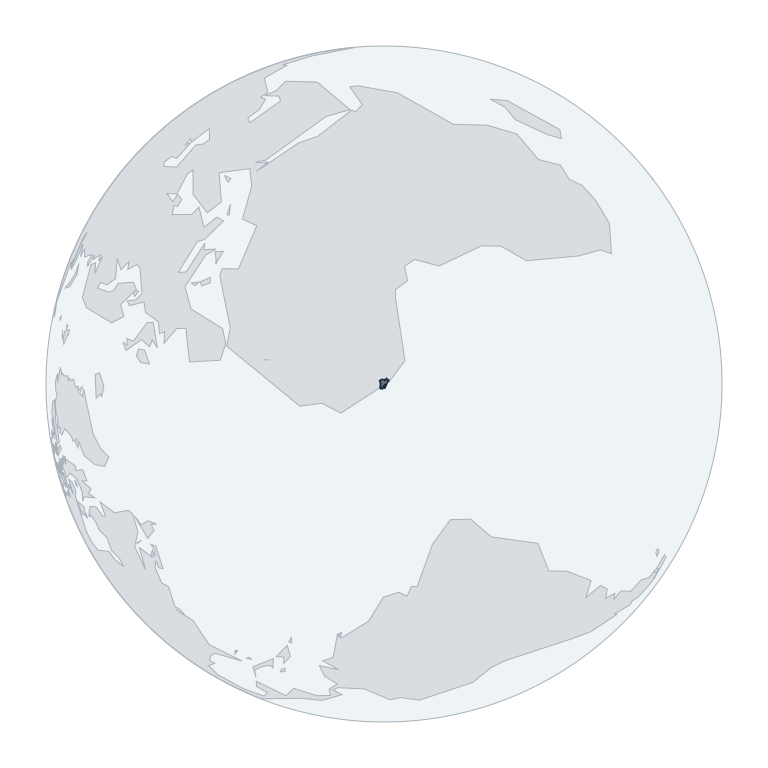 the Earth from above Southern, rotated 273°
{"feature_id": "SLE-760", "entity_name": "Southern", "entity_type": "Province", "adm_level": 1, "iso_a3": "SLE", "parent_name": "Sierra Leone", "parent_adm1": "", "projection": "orthographic", "projection_center": [-12.13, 7.714], "detail": "medium", "context": "on_globe", "style": "filled", "palette": "slate", "viewbox_px": 768, "rotation_deg": 273, "n_neighbors": 0, "source": "natural_earth", "source_scale": "10m", "svg_char_len": 10083}
<svg xmlns="http://www.w3.org/2000/svg" viewBox="0 0 768 768"><g transform="rotate(273 384 384)"><circle cx="384" cy="384" r="338" fill="#eef3f6" stroke="#a8b0b8"/><path d="M277.1,63.4L254.9,72.8L261.7,70.4L255.5,74.5L261.0,73.6L254.3,76.9L264.4,73.5L269.5,70.7L275.6,68.5L279.3,68.0L271.4,71.8L268.4,72.6L268.1,73.5L262.5,75.8L267.4,74.4L257.4,79.8L272.6,74.0L269.2,78.0L261.1,81.8L255.0,81.9L221.2,94.4L211.2,100.2L203.1,107.1L202.4,118.0L194.1,124.9L188.0,133.7L195.7,129.1L203.2,120.8L215.9,115.5L223.6,107.0L229.9,104.0L240.6,96.0L246.3,97.1L246.2,102.8L237.6,109.8L237.3,112.9L251.4,106.7L241.2,121.6L244.6,135.3L241.1,139.8L223.6,146.0L208.5,143.6L185.9,155.8L207.9,148.2L199.0,161.3L200.6,164.1L205.4,164.1L211.7,159.6L210.2,164.7L187.8,173.0L188.8,168.4L195.9,165.5L188.7,165.0L173.6,172.5L170.2,179.6L150.9,186.7L148.2,192.2L142.5,197.4L148.0,187.9L137.7,205.7L114.5,223.1L100.0,256.6L106.2,229.3L103.5,225.2L98.8,224.3L96.2,229.6L93.6,223.7L85.0,233.3L72.5,259.3L66.1,280.6L69.8,283.6L75.2,272.7L80.5,272.0L67.6,302.3L75.3,309.8L69.2,333.5L70.2,346.9L76.3,345.2L81.9,352.9L89.1,340.0L99.3,334.3L96.3,353.9L104.4,337.1L108.4,347.6L130.6,350.5L128.1,354.7L146.3,381.0L171.1,394.5L176.8,409.7L173.3,418.2L183.0,421.8L183.3,427.7L226.3,440.8L252.0,457.4L253.6,477.6L236.9,499.2L232.9,546.0L205.9,558.4L206.6,576.6L198.6,601.1L181.3,596.8L194.1,610.9L190.9,617.6L181.7,616.6L187.0,625.5L180.6,624.6L189.7,631.4L189.8,641.2L201.9,651.2L204.6,658.9L212.8,664.6L210.0,663.9L209.8,665.3L213.3,668.2L200.0,661.5L184.3,648.8L180.3,643.2L176.4,641.4L166.6,626.2L166.2,628.7L147.4,603.5L138.7,583.1L114.2,519.8L106.6,506.0L90.5,488.0L70.1,435.9L71.8,416.8L69.0,406.6L78.4,380.6L78.4,353.8L75.8,349.2L71.5,358.2L64.8,338.9L65.8,318.1L63.2,277.9L65.7,270.5L75.2,246.8L86.4,223.9L99.3,201.9L113.9,180.9L130.0,161.1L147.5,142.6L166.4,125.4L186.6,109.8L207.8,95.6L230.1,83.2L253.2,72.4L277.1,63.4ZM94.8,267.9L104.0,287.9L94.5,287.9L97.1,285.2L95.7,277.5L91.6,269.7L84.4,271.5L94.8,267.9ZM108.6,250.9L106.6,249.0L109.2,249.5L108.6,250.9ZM236.7,96.2L238.6,96.1L235.6,97.6L236.7,96.2ZM239.6,93.0L234.8,94.8L235.5,93.6L238.4,92.5L239.6,93.0ZM245.3,91.3L237.3,91.4L238.5,89.4L250.7,83.9L245.3,91.3ZM269.5,70.1L264.3,73.0L265.2,71.2L269.5,70.1ZM268.6,69.6L262.7,69.1L272.3,65.3L272.3,65.9L281.9,62.1L289.5,60.3L285.9,62.0L278.2,64.7L287.0,62.1L268.6,69.6ZM278.1,67.5L276.1,67.4L284.2,64.0L289.8,63.5L285.4,64.7L278.1,67.5ZM280.8,62.3L287.8,60.1L295.8,57.9L299.7,56.9L290.5,60.0L280.8,62.3ZM285.4,65.3L292.4,63.5L292.0,64.9L280.7,67.4L285.4,65.3ZM284.0,63.4L288.1,61.9L287.7,62.5L284.0,63.4ZM294.2,69.9L291.6,69.2L295.6,67.2L294.2,69.9ZM295.1,62.8L295.2,62.4L296.5,61.7L300.9,61.0L295.1,62.8ZM296.8,58.5L298.7,58.4L301.0,57.1L307.1,56.0L299.9,58.5L305.6,56.9L307.5,56.6L299.4,59.1L296.8,58.5ZM309.2,58.5L302.2,62.2L306.2,63.5L302.7,65.1L296.9,62.8L309.2,58.5ZM304.2,58.5L306.5,58.8L301.0,60.3L296.0,61.2L304.2,58.5ZM313.9,54.5L306.3,55.6L308.2,55.1L313.9,54.5ZM311.5,58.4L313.1,57.6L312.4,58.3L311.5,58.4ZM314.4,55.2L311.4,55.5L313.6,54.9L314.4,55.2ZM318.9,56.0L316.6,57.0L313.1,57.4L318.9,56.0ZM317.7,55.3L321.4,54.5L313.3,57.0L316.0,55.5L317.7,55.3ZM316.9,54.6L317.2,54.3L317.8,54.6L316.9,54.6ZM333.4,54.2L324.0,57.3L316.3,58.0L326.5,54.8L333.4,54.2ZM225.7,674.7L202.9,663.5L214.1,668.9L213.0,665.3L228.2,673.1L225.7,674.7ZM226.3,665.7L230.3,664.2L233.8,666.0L231.9,667.5L226.3,665.7ZM717.0,326.7L718.7,337.9L707.9,295.0L697.4,265.9L697.1,270.1L683.1,248.4L669.2,252.9L664.0,245.9L662.1,250.7L651.7,245.3L642.6,234.1L637.8,236.3L661.2,265.9L666.1,263.9L665.6,250.0L671.6,261.3L681.2,269.9L682.0,301.5L656.1,335.7L648.3,312.4L601.2,253.9L599.7,246.8L599.3,246.0L598.4,244.7L599.5,256.5L589.6,245.4L620.4,286.2L627.9,305.0L655.8,337.3L654.5,341.5L661.9,347.8L679.1,334.2L680.4,342.3L675.5,382.1L647.0,439.5L647.8,473.6L640.6,503.6L616.2,526.5L611.7,548.8L598.1,558.4L592.9,571.2L578.2,585.9L556.2,600.7L526.0,604.3L529.3,593.1L522.2,572.4L514.5,519.8L527.7,493.8L527.2,474.4L504.7,432.9L510.0,408.1L502.7,398.4L488.3,402.1L479.2,390.7L469.9,391.1L408.4,403.7L386.5,389.0L352.7,342.5L361.5,322.9L357.5,301.1L413.6,224.9L431.8,227.6L483.1,214.4L490.6,216.3L491.3,232.6L535.3,248.7L541.4,234.1L574.5,241.5L592.1,238.8L586.4,208.3L557.4,212.0L545.7,198.6L563.5,183.4L587.8,182.1L584.0,177.0L563.0,167.2L562.8,157.3L555.1,163.4L562.5,168.0L557.8,172.4L550.8,168.6L551.0,164.9L542.0,163.6L543.3,183.1L551.0,189.9L531.0,196.0L541.9,208.4L538.5,215.3L518.9,197.1L516.4,190.0L484.7,172.8L485.5,180.6L515.5,197.8L508.7,197.0L510.0,209.4L503.6,199.3L470.6,180.1L448.8,187.3L431.0,219.8L416.2,223.9L399.2,219.3L395.8,188.6L429.3,183.3L428.5,174.0L413.3,162.2L424.7,162.1L422.6,157.2L434.5,155.3L442.8,142.3L453.5,140.0L448.8,125.9L453.7,123.2L455.1,132.0L461.8,137.6L487.6,134.1L490.2,130.7L485.0,122.2L492.8,123.0L484.4,115.3L495.3,111.0L475.1,110.4L468.5,102.2L470.6,95.4L464.8,93.0L461.3,104.3L463.2,109.1L470.6,113.2L472.5,128.4L465.4,131.8L449.7,116.9L437.8,120.7L430.8,108.8L444.6,83.1L454.5,78.2L487.7,85.1L490.1,89.8L479.3,89.3L496.6,96.5L491.7,92.6L498.1,93.8L493.4,87.6L497.7,88.2L485.8,81.7L490.6,81.8L498.1,85.9L495.2,78.4L503.0,78.1L500.2,76.2L495.1,74.3L508.4,76.1L505.8,74.7L500.4,73.5L491.8,70.2L481.6,65.5L486.8,66.4L491.1,68.1L508.0,73.9L518.8,79.4L519.9,79.4L511.7,74.9L491.1,67.7L483.6,64.8L493.1,67.5L489.1,66.2L486.9,65.1L489.6,65.1L479.0,62.1L448.4,52.5L450.1,52.6L473.3,58.1L496.2,65.2L518.4,74.0L540.0,84.3L560.8,96.1L580.8,109.3L599.7,123.9L617.6,139.8L634.3,156.9L649.7,175.2L663.8,194.5L676.5,214.8L687.7,235.9L697.5,257.8L705.6,280.3L712.1,303.3L717.0,326.7ZM401.8,262.1L402.1,268.6L401.8,262.1ZM619.0,197.0L630.0,196.2L615.7,179.3L618.7,178.0L612.7,173.2L614.6,178.2L598.5,165.2L599.9,159.6L593.7,152.7L589.7,152.8L589.8,165.6L612.8,183.6L614.3,191.2L619.0,197.0ZM131.4,350.4L133.7,354.6L129.8,354.1L131.4,350.4ZM91.0,295.4L94.0,296.6L94.8,300.0L92.1,300.4L91.0,295.4ZM121.6,302.3L126.1,304.9L120.5,305.5L121.6,302.3ZM106.0,290.6L117.9,301.0L107.1,304.8L99.9,298.6L106.2,298.2L106.0,290.6ZM102.7,261.3L104.0,263.2L102.1,266.5L102.7,261.3ZM110.4,251.3L109.5,251.4L109.8,248.4L110.4,251.3ZM200.3,160.8L202.0,160.3L205.9,161.5L202.1,163.2L200.3,160.8ZM235.2,155.6L232.0,164.0L231.7,158.7L225.7,162.1L217.5,156.2L239.0,141.8L230.7,149.0L235.2,155.6ZM212.6,145.6L215.3,150.1L211.5,145.8L212.6,145.6ZM399.4,135.1L406.1,137.3L405.5,143.1L391.8,148.8L392.5,140.2L399.4,135.1ZM415.7,139.5L403.9,124.6L411.9,121.4L409.4,125.5L415.9,124.9L413.6,131.5L432.8,144.2L433.6,150.3L408.0,155.8L415.9,150.2L408.9,147.9L415.7,139.5ZM359.5,101.3L354.5,97.3L378.4,95.1L380.3,99.3L366.9,104.4L356.6,102.7L359.5,101.3ZM268.4,82.6L265.0,83.0L267.1,81.7L271.9,80.3L268.4,82.6ZM292.7,69.7L285.8,80.3L281.5,81.0L282.7,87.6L271.8,92.4L271.4,87.7L263.9,97.0L259.1,94.7L255.3,101.1L255.6,90.2L251.0,89.4L260.3,88.3L270.4,83.7L273.4,81.5L278.6,75.1L273.8,72.1L283.1,68.0L291.0,65.9L293.5,66.0L286.7,68.4L295.0,66.8L287.1,70.5L292.7,69.7ZM377.5,57.5L368.5,58.0L383.9,59.9L376.1,61.7L378.3,61.8L375.3,64.3L375.6,67.9L371.0,68.6L373.1,69.7L371.1,71.8L372.5,73.8L364.8,76.0L365.7,78.9L361.5,78.4L365.3,82.8L359.0,80.6L355.9,83.8L363.6,84.2L318.8,96.1L304.9,104.4L296.6,113.0L287.0,109.4L288.5,99.5L296.6,88.4L311.4,81.6L304.4,81.8L309.4,78.8L312.9,79.9L310.5,76.5L315.6,74.5L322.7,67.6L316.2,65.0L318.7,62.9L323.8,63.0L322.7,60.9L334.0,59.8L336.0,58.5L349.1,56.6L357.7,58.2L359.4,56.7L369.4,55.8L377.5,57.5ZM337.2,53.7L349.3,54.1L350.9,55.7L327.4,58.5L324.0,59.9L308.9,62.8L306.9,60.7L311.4,60.0L315.2,58.9L314.3,59.9L318.0,58.2L324.3,57.4L328.8,56.0L331.5,56.4L337.2,53.7ZM495.1,209.7L500.1,209.8L507.2,208.3L508.1,216.6L495.1,209.7ZM472.5,196.7L476.5,195.2L481.3,205.1L476.0,205.4L472.5,196.7ZM474.6,186.4L476.4,194.3L472.3,190.2L474.6,186.4ZM458.4,130.6L462.1,129.0L464.1,130.9L463.9,134.2L458.4,130.6ZM421.7,67.0L416.2,66.1L416.4,65.4L407.3,62.1L412.4,61.0L419.9,62.6L421.7,67.0ZM583.8,214.0L581.1,220.3L577.4,218.0L579.1,216.2L583.8,214.0ZM544.6,218.4L555.5,221.1L544.8,220.7L544.6,218.4ZM425.7,65.3L421.4,63.9L426.6,64.3L425.7,65.3ZM415.7,60.2L421.1,60.2L412.0,60.5L415.7,60.2ZM602.1,642.1L604.6,639.9L604.4,640.1L602.1,642.1ZM673.5,492.1L647.3,546.3L638.4,548.3L641.7,533.6L654.8,501.5L666.7,490.4L674.0,475.1L673.5,492.1ZM463.3,60.6L470.2,65.7L478.6,70.1L488.6,73.1L477.4,71.7L464.5,64.8L463.3,60.6ZM449.8,53.1L441.0,51.5L442.7,51.5L444.9,51.9L449.8,53.1ZM446.0,52.6L439.2,52.1L432.9,50.9L439.5,51.4L446.0,52.6ZM432.9,56.8L434.6,58.2L430.3,57.7L432.9,56.8Z" fill="#d9dde1" stroke="#a8b0b8" stroke-width="1"/><path d="M389.8,386.2L389.3,386.7L388.8,386.9L388.4,387.4L388.5,387.7L388.3,387.8L388.3,388.1L388.1,388.3L388.1,388.6L387.8,388.7L387.2,388.3L387.3,388.3L387.0,388.3L386.9,388.2L386.5,387.8L385.7,387.3L382.9,386.3L381.8,385.9L382.0,385.8L382.6,385.9L382.3,385.7L382.2,385.6L381.9,385.6L382.0,385.3L382.3,385.1L383.0,385.1L383.4,384.9L383.7,384.8L383.7,384.7L383.4,384.6L383.2,384.7L383.0,384.8L382.4,385.0L382.2,384.9L382.0,384.7L381.9,384.6L381.9,384.4L381.7,384.4L381.7,384.5L381.6,384.4L381.9,383.8L382.0,383.9L382.0,383.7L381.7,383.9L381.2,384.2L380.6,384.0L380.2,383.7L380.3,383.4L379.9,383.5L379.6,383.3L379.5,383.1L379.4,383.0L379.2,382.8L379.6,382.7L380.0,382.8L379.6,382.5L379.4,382.1L379.6,381.7L379.2,381.3L379.0,381.2L379.0,380.9L379.4,380.8L380.0,380.1L380.3,380.2L380.4,380.3L380.6,380.2L381.0,380.2L381.1,380.3L381.4,380.4L381.5,380.6L382.0,380.6L382.1,380.8L382.3,380.5L382.7,380.3L383.0,380.3L383.3,380.3L383.5,380.3L384.2,380.6L384.4,380.8L384.5,380.9L384.6,380.7L384.4,380.4L384.5,380.2L385.0,380.1L385.4,380.3L385.8,380.2L386.2,380.0L386.4,379.5L386.7,379.4L387.1,379.4L387.3,379.6L387.5,379.8L387.5,380.1L388.4,381.2L388.6,381.8L388.7,382.3L388.6,382.5L388.0,383.1L388.0,383.5L388.1,383.4L388.2,383.7L388.2,384.0L387.9,384.0L387.6,384.2L387.7,384.3L387.8,384.9L387.8,385.0L388.3,384.6L388.5,384.6L388.5,384.9L388.5,385.7L389.0,385.8L389.8,386.2ZM381.9,384.9L381.8,385.2L381.7,385.5L381.7,385.8L381.4,385.8L381.5,385.8L381.2,385.4L379.2,384.8L379.4,384.8L379.6,384.6L381.1,384.4L381.4,384.5L381.7,384.6L381.9,384.9Z" fill="#64748b" stroke="#1e293b" stroke-width="1.5"/></g></svg>